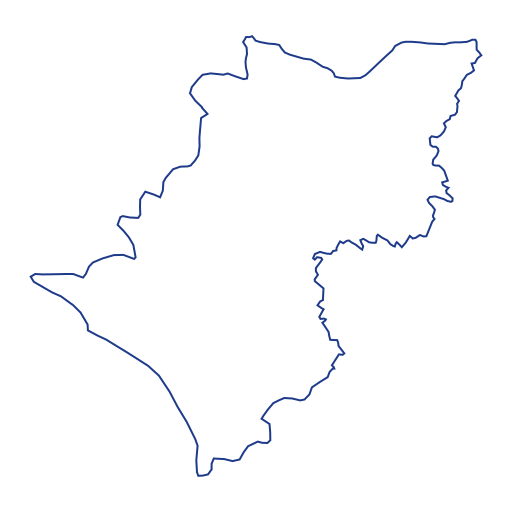 the district of Tewor, Grand Cape Mount, Liberia
{"feature_id": "62588387B21593373041420", "entity_name": "Tewor", "entity_type": "district", "adm_level": 2, "iso_a3": "LBR", "parent_name": "Liberia", "parent_adm1": "Grand Cape Mount", "projection": "orthographic", "projection_center": [-11.287, 6.943], "detail": "fine", "context": "isolated", "style": "outline", "palette": "blue", "viewbox_px": 512, "rotation_deg": 0, "n_neighbors": 0, "source": "geoboundaries", "source_scale": "gbopen_adm2", "svg_char_len": 4310}
<svg xmlns="http://www.w3.org/2000/svg" viewBox="0 0 512 512"><path d="M334.3,368.6L333.8,367.2L332.5,365.9L331.9,365.3L338.9,354.4L342.6,354.8L344.3,353.4L338.5,345.9L338.4,344.6L338.1,342.3L337.1,340.1L333.4,340.0L330.2,339.8L329.3,336.2L328.6,332.0L326.1,328.2L322.4,322.7L325.2,320.6L325.9,319.4L324.0,318.6L320.5,318.9L319.6,317.4L319.3,316.9L323.3,309.7L323.6,309.3L320.9,307.7L317.5,305.3L320.2,301.4L322.9,300.1L323.0,298.5L323.3,292.2L323.5,288.4L314.9,281.2L314.7,279.3L317.9,274.9L315.9,271.2L315.9,268.0L316.6,267.1L320.7,261.7L322.2,259.5L321.2,257.9L317.1,257.2L314.8,259.6L313.1,258.2L314.9,254.0L320.0,251.9L323.3,252.8L326.5,253.6L330.9,253.9L333.1,251.0L336.4,250.4L336.6,247.9L338.5,244.1L340.1,241.4L343.3,243.2L346.6,240.9L349.0,240.5L351.5,242.4L355.8,244.7L360.0,248.1L362.2,249.6L363.2,246.2L361.7,243.5L360.3,240.2L363.3,238.8L366.6,240.7L369.1,242.3L371.6,242.7L375.7,242.8L376.4,240.7L376.8,236.0L377.8,234.7L382.4,237.9L387.4,240.4L390.4,244.2L393.2,246.0L394.8,246.5L395.7,243.6L396.8,242.2L399.6,244.8L401.8,247.2L405.6,242.8L408.1,238.8L408.8,237.5L409.8,235.9L412.8,238.5L415.7,237.8L419.9,235.0L423.7,236.5L426.4,236.2L432.2,221.7L434.5,219.0L433.2,217.2L433.0,216.1L432.9,215.7L434.1,212.6L434.9,209.7L432.3,206.2L429.1,203.0L427.5,199.8L429.9,197.0L435.2,196.4L444.1,199.2L447.4,201.0L451.1,201.8L452.4,201.0L452.6,198.3L449.4,195.2L446.6,193.1L446.1,190.5L448.5,187.8L446.3,187.0L442.9,185.0L442.2,182.4L447.8,180.7L446.0,175.6L444.2,170.6L441.7,167.9L439.0,165.6L436.1,165.6L433.5,165.1L432.6,163.8L433.2,159.7L436.8,155.4L438.5,151.1L437.9,148.6L436.0,146.8L433.6,146.7L432.7,146.7L430.4,144.9L429.7,138.4L431.7,136.3L437.2,137.3L440.6,135.3L444.0,131.4L445.8,127.2L443.9,123.4L446.3,121.1L449.8,119.1L450.5,116.0L455.0,114.7L456.9,112.2L457.5,106.4L457.1,103.8L458.1,102.2L459.0,100.9L457.7,99.0L455.2,95.9L458.5,90.3L460.9,88.3L461.8,85.3L462.3,81.3L464.4,78.5L466.8,74.9L471.1,72.7L474.0,70.4L473.3,68.4L471.6,63.5L474.9,63.0L477.6,58.2L481.3,55.3L480.1,53.7L479.3,52.5L476.7,49.8L476.6,47.0L476.6,42.2L475.5,39.8L472.3,39.7L469.8,40.8L466.7,41.9L464.7,42.0L461.0,42.3L454.8,42.3L449.8,42.9L444.7,44.2L427.9,43.5L420.0,42.4L411.7,41.8L405.4,41.8L403.8,42.1L401.5,42.6L395.2,45.9L394.9,46.4L392.3,50.4L386.1,56.0L381.4,60.4L380.3,61.4L373.8,67.6L368.8,72.3L365.5,75.2L360.3,78.0L355.6,78.2L348.2,78.5L345.8,78.3L339.6,77.7L335.0,76.6L333.8,73.3L331.7,70.7L327.5,68.2L323.5,67.0L322.4,66.6L321.4,65.9L316.4,62.6L311.0,59.6L303.4,58.6L291.4,55.1L289.7,54.6L284.7,52.4L283.5,50.9L281.8,48.9L279.2,45.0L275.1,44.1L268.3,43.6L259.8,42.0L255.5,40.6L254.2,38.7L253.5,37.8L252.1,36.2L249.5,37.1L247.3,37.0L245.8,37.2L245.2,38.8L243.1,42.0L246.6,47.5L247.0,54.1L245.9,58.4L245.5,62.3L246.0,67.7L247.6,74.6L247.0,78.5L243.5,79.1L234.9,76.2L227.7,73.5L223.4,74.7L216.8,74.0L210.7,73.4L202.6,74.8L198.1,79.4L191.8,87.1L190.0,93.3L195.2,100.6L198.9,104.2L202.1,107.3L202.0,107.8L207.5,113.9L206.8,114.4L201.1,118.0L201.0,119.2L200.1,129.4L199.4,137.9L199.6,146.3L198.6,153.5L198.3,155.4L194.8,160.9L192.4,163.5L190.7,165.5L187.7,166.4L181.7,166.6L180.3,166.7L173.1,169.2L165.9,177.7L163.4,182.0L162.8,190.7L162.5,191.4L160.1,197.3L154.0,194.6L145.3,191.7L140.2,199.4L140.0,206.7L140.3,214.7L138.2,217.9L129.9,217.5L122.8,216.1L120.4,217.1L117.6,224.8L123.0,230.3L123.6,230.9L128.7,237.1L133.3,244.8L134.7,252.3L135.6,257.3L134.2,258.9L131.8,258.1L130.4,257.5L123.4,254.9L113.9,255.1L102.6,258.4L92.9,262.5L89.0,266.6L85.9,273.9L83.0,277.6L73.2,274.0L66.4,274.0L50.6,274.3L42.7,274.4L35.2,274.0L30.7,276.7L33.9,281.9L52.3,292.5L60.2,296.0L61.1,296.4L73.4,305.4L80.6,312.6L87.6,324.5L87.9,330.4L97.6,335.6L106.2,339.6L116.7,346.1L126.9,352.3L148.2,365.9L149.4,367.0L158.9,375.6L169.6,391.7L177.6,406.9L182.7,415.3L186.5,421.5L195.3,439.2L197.6,445.8L196.9,453.5L196.3,460.4L197.0,472.2L198.3,475.8L202.8,475.6L208.0,474.4L211.6,469.4L211.6,463.7L213.8,458.5L224.4,459.1L232.6,461.1L239.6,459.5L243.9,451.9L244.5,451.1L248.1,446.2L257.8,441.6L262.1,442.8L265.4,442.9L267.4,443.0L270.3,440.2L270.2,432.2L269.5,424.0L261.6,418.8L263.2,416.1L267.6,409.9L273.3,403.1L279.4,400.1L284.3,398.0L290.7,398.4L291.8,398.4L300.2,400.4L304.5,399.5L309.4,394.5L311.9,387.4L314.4,385.7L320.0,381.9L327.7,377.1L329.7,371.8L332.8,368.6L334.3,368.6Z" fill="none" stroke="#1e3a8a" stroke-width="2"/></svg>